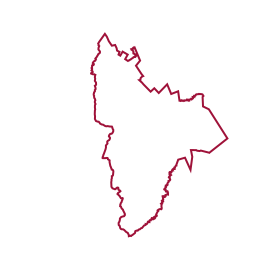 Shamva, Mashonaland Central, Zimbabwe (Mercator projection), rotated 135°
{"feature_id": "62879985B93379184763454", "entity_name": "Shamva", "entity_type": "district", "adm_level": 2, "iso_a3": "ZWE", "parent_name": "Zimbabwe", "parent_adm1": "Mashonaland Central", "projection": "mercator", "projection_center": [31.712, -17.164], "detail": "fine", "context": "isolated", "style": "outline", "palette": "rose", "viewbox_px": 256, "rotation_deg": 135, "n_neighbors": 0, "source": "geoboundaries", "source_scale": "gbopen_adm2", "svg_char_len": 5736}
<svg xmlns="http://www.w3.org/2000/svg" viewBox="0 0 256 256"><g transform="rotate(135 128 128)"><path d="M89.4,208.8L89.7,207.9L90.4,207.3L90.4,206.3L92.2,205.5L93.4,204.4L93.7,202.0L94.6,201.1L95.2,201.0L96.6,201.3L97.0,201.0L97.6,201.0L98.3,200.7L98.9,200.7L99.5,200.4L101.9,200.2L102.0,199.3L103.3,198.8L103.8,198.8L104.1,199.2L104.9,199.1L105.5,199.2L106.7,199.0L106.9,198.6L106.9,197.4L107.2,197.1L107.6,197.0L107.7,197.5L108.1,197.8L108.4,197.2L109.5,197.4L110.1,196.7L110.9,196.0L111.4,196.1L111.6,195.1L112.8,194.6L112.7,194.5L112.9,194.4L113.0,193.1L113.4,192.5L114.4,192.8L115.4,192.8L115.6,192.6L114.8,190.7L113.9,189.9L113.8,189.2L113.5,188.7L115.5,187.4L116.4,186.0L118.1,184.8L118.5,182.8L119.7,181.4L120.5,181.1L121.6,181.3L122.5,179.5L123.3,178.5L123.6,178.5L123.9,178.3L124.6,178.3L125.5,177.3L126.8,177.2L127.5,176.6L128.1,176.4L128.9,175.6L129.1,174.8L129.9,174.1L130.7,172.8L130.7,172.2L131.2,171.2L131.5,170.7L132.2,170.5L132.9,170.0L133.5,169.3L134.0,167.9L135.1,167.6L136.9,165.9L138.1,164.3L139.0,163.8L141.8,161.2L143.1,159.5L145.0,157.8L145.7,155.6L145.0,154.0L144.3,153.2L144.3,151.9L144.6,151.2L144.6,150.7L144.1,149.1L143.3,148.0L142.7,145.4L141.9,144.3L141.1,143.8L139.8,141.9L138.4,140.4L138.6,139.7L139.4,138.4L139.7,137.1L140.9,136.0L142.5,135.5L143.6,135.5L144.7,136.4L146.5,136.2L147.2,135.8L147.5,135.5L147.5,134.1L148.1,133.4L149.2,132.9L149.8,132.8L151.5,133.2L152.2,133.1L152.7,132.7L153.5,131.5L155.9,131.3L156.4,130.9L157.1,130.0L158.8,128.9L163.5,126.7L164.2,126.5L165.5,125.7L166.4,125.4L167.2,124.8L167.1,124.4L166.3,123.7L165.6,122.9L164.3,122.0L163.7,121.3L163.7,121.0L164.3,120.1L163.9,118.1L165.1,117.0L167.3,113.7L167.8,112.3L168.5,111.0L168.5,110.5L168.9,110.1L168.4,108.9L168.6,108.3L169.1,107.6L171.9,105.3L172.7,105.1L173.5,105.4L174.8,104.0L176.1,103.3L176.7,102.6L178.2,101.5L181.3,98.1L181.6,96.3L180.6,94.0L180.1,93.6L178.7,93.7L177.8,93.5L177.3,93.1L177.2,92.6L177.3,92.3L178.2,91.5L178.3,91.1L178.2,90.2L177.9,89.4L178.0,88.7L179.2,88.7L180.9,89.1L182.1,88.8L182.2,88.5L181.9,88.0L182.1,86.9L182.0,85.8L182.5,84.2L182.6,83.3L182.4,82.9L181.4,82.3L181.4,82.0L182.5,81.3L184.1,80.7L184.8,80.2L186.5,79.9L187.3,79.3L188.0,79.1L188.2,78.7L188.9,78.2L188.6,77.4L189.4,75.6L189.3,73.9L189.7,73.2L190.9,69.6L191.3,69.4L191.6,68.7L193.1,68.4L194.7,69.4L196.0,69.9L197.7,69.7L198.7,68.8L200.4,67.8L201.4,67.7L201.9,67.3L202.4,66.9L203.2,65.8L203.0,64.9L204.3,62.6L204.4,61.8L204.1,60.9L203.1,59.8L202.8,58.7L202.8,55.6L202.3,54.0L202.6,53.5L202.9,52.1L203.9,50.9L202.8,50.3L202.2,49.5L201.7,49.7L200.8,49.2L199.5,49.1L197.5,48.8L196.9,49.0L196.0,49.8L195.6,49.9L194.0,49.1L193.9,48.7L193.5,48.5L192.2,48.6L191.2,48.0L189.6,47.9L188.8,47.4L185.6,47.7L184.4,47.1L183.9,47.1L183.5,47.5L183.3,47.0L182.2,46.8L181.3,47.1L180.4,47.6L180.1,47.6L179.9,46.9L179.4,46.3L178.4,47.3L177.8,47.4L177.5,47.2L177.1,46.6L176.3,46.8L175.9,46.5L175.5,46.4L175.3,47.4L174.8,47.5L174.5,47.1L174.6,45.6L173.1,45.1L172.5,45.2L172.5,45.8L172.7,46.2L172.6,46.6L171.8,46.5L171.1,45.8L169.8,45.5L169.6,45.7L169.9,46.2L169.7,46.7L169.3,46.8L168.6,47.2L165.9,48.0L165.2,47.9L165.0,48.1L165.1,48.8L164.1,48.7L162.9,48.2L162.4,47.8L161.9,47.0L161.5,47.0L160.7,47.6L159.8,48.9L158.4,50.1L158.2,50.9L157.6,50.5L157.2,50.4L156.9,50.6L156.9,51.3L156.5,51.6L155.2,51.2L155.1,51.6L155.4,52.2L155.3,52.6L154.3,52.2L153.8,52.3L153.5,53.1L153.0,53.4L151.8,55.3L151.4,55.1L150.7,54.3L150.6,53.8L151.1,53.4L150.8,53.2L150.1,53.1L149.4,53.3L148.9,54.1L147.6,53.5L147.0,52.9L146.5,52.9L146.0,53.4L146.2,53.2L146.2,53.6L145.6,53.8L145.5,54.3L144.8,55.1L144.9,55.5L145.9,55.9L146.1,56.2L145.9,56.7L145.1,57.5L145.2,58.0L145.8,58.6L145.7,59.1L144.4,59.3L143.8,59.0L142.9,59.3L142.7,60.1L142.0,60.0L141.8,60.6L140.9,60.3L140.5,59.8L140.3,59.8L140.0,60.0L139.9,60.6L138.8,61.1L137.6,61.1L136.9,61.9L136.0,61.4L135.7,61.4L135.6,61.6L134.9,61.5L134.5,61.8L134.3,62.5L133.8,63.0L134.1,63.9L134.0,64.3L133.2,64.5L132.6,64.3L132.3,64.5L130.8,64.3L130.8,64.8L131.4,65.3L131.5,65.8L130.1,67.3L129.5,67.3L129.1,67.0L129.3,66.4L129.1,66.0L128.2,66.1L127.0,66.8L126.4,66.3L126.2,67.1L125.8,67.2L124.8,67.1L124.5,66.5L124.4,66.4L124.3,67.0L123.9,67.0L123.1,66.7L122.9,67.2L122.4,67.0L121.6,67.4L120.9,67.5L120.3,67.2L120.0,67.7L114.9,70.1L108.7,66.7L113.4,54.2L102.9,62.2L99.1,67.9L95.4,64.1L95.2,63.1L93.6,61.0L92.5,60.6L87.5,52.2L87.6,52.5L87.1,52.9L65.1,50.3L57.6,84.1L59.7,90.2L53.3,97.2L52.0,97.3L51.6,99.0L51.9,99.4L51.9,99.8L52.4,100.2L53.1,101.3L53.6,101.5L53.9,102.1L54.6,102.3L55.4,103.2L56.0,103.3L56.4,103.6L57.5,103.2L58.2,103.8L58.3,103.5L58.6,103.3L58.6,103.6L58.8,103.9L59.2,103.7L59.8,103.7L60.2,104.1L60.6,103.2L61.1,103.0L62.2,103.8L62.5,103.2L62.9,103.2L63.3,104.1L64.2,104.5L64.7,104.5L65.3,104.0L65.7,104.2L65.8,104.4L65.7,105.3L66.2,105.5L65.9,105.9L66.2,106.0L66.4,106.4L66.7,106.2L67.7,106.7L68.3,107.4L68.8,107.3L69.1,108.0L69.9,108.1L70.1,109.0L70.5,109.1L70.7,109.9L71.3,109.7L71.7,109.9L71.8,110.3L72.3,110.9L66.6,118.5L73.4,121.5L69.4,131.2L81.5,131.0L81.3,137.5L86.3,137.7L86.2,147.9L86.0,150.3L86.2,153.9L85.9,153.7L86.0,152.8L85.2,153.2L84.4,154.0L83.5,154.4L81.5,154.4L80.6,154.0L80.3,156.6L78.3,166.4L71.8,167.1L66.4,180.2L67.3,180.2L67.3,181.0L67.8,181.0L67.8,180.6L68.1,180.4L68.7,180.5L69.5,181.1L69.5,180.6L70.1,180.7L69.9,179.8L70.0,178.3L71.3,177.2L71.5,176.8L71.4,176.5L71.0,176.1L71.2,174.7L70.9,174.5L70.7,174.8L70.2,174.4L70.2,174.1L70.7,173.9L71.6,173.7L71.6,173.2L72.7,173.1L73.1,173.4L73.4,173.9L74.1,174.2L75.1,174.1L76.5,174.5L77.9,174.6L78.9,175.1L80.4,175.1L80.5,174.7L81.3,178.7L76.3,180.1L77.8,185.8L82.3,184.6L82.8,186.6L80.2,187.8L81.0,190.5L79.6,192.5L78.4,195.8L81.2,197.6L80.2,202.9L78.4,207.5L77.8,210.9L87.4,209.3L89.4,208.8Z" fill="none" stroke="#9f1239" stroke-width="2"/></g></svg>